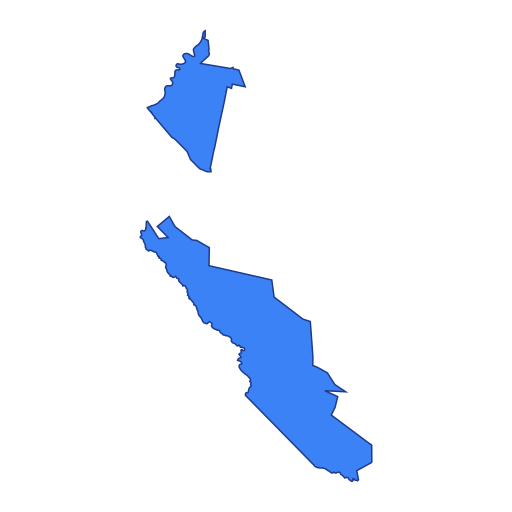 Torreón, Coahuila, Mexico
{"feature_id": "50627088B67777586525321", "entity_name": "Torreón", "entity_type": "district", "adm_level": 2, "iso_a3": "MEX", "parent_name": "Mexico", "parent_adm1": "Coahuila", "projection": "natural_earth1", "projection_center": [-103.236, 25.242], "detail": "fine", "context": "isolated", "style": "filled", "palette": "blue", "viewbox_px": 512, "rotation_deg": 0, "n_neighbors": 0, "source": "geoboundaries", "source_scale": "gbopen_adm2", "svg_char_len": 5952}
<svg xmlns="http://www.w3.org/2000/svg" viewBox="0 0 512 512"><path d="M358.5,479.7L356.7,470.7L371.4,462.6L371.8,461.9L371.7,445.4L371.0,444.4L370.0,444.0L331.3,415.1L335.1,407.3L337.7,396.6L324.8,390.7L345.7,391.8L334.9,384.6L327.3,372.8L317.4,367.3L314.5,366.1L312.8,365.5L312.9,356.5L310.3,321.5L302.9,319.1L274.1,297.1L271.8,280.0L209.0,265.7L209.3,247.6L196.7,240.4L192.3,240.0L174.9,226.5L169.3,216.4L157.3,226.5L168.1,237.5L158.8,238.7L147.5,221.2L147.0,221.2L146.7,221.3L146.4,221.7L146.3,222.4L146.2,224.9L146.1,225.6L146.2,226.7L146.2,227.0L145.7,227.9L145.9,228.8L145.7,229.5L145.4,230.0L143.9,231.1L143.5,231.1L142.6,230.5L142.2,230.4L141.5,230.7L140.9,231.3L140.7,231.6L140.7,232.0L141.0,233.0L141.6,234.3L141.7,235.1L141.5,235.5L140.6,236.3L140.3,236.9L140.2,237.2L140.3,237.5L140.5,237.7L142.6,239.0L143.2,239.8L143.9,242.0L145.1,244.4L145.2,245.1L145.4,245.5L145.3,245.9L145.4,246.7L145.4,247.5L146.0,248.6L146.1,249.2L147.1,249.8L148.4,250.9L148.9,250.9L149.6,250.6L149.9,250.2L150.4,250.2L151.2,250.5L154.5,252.1L155.5,252.0L156.0,252.1L156.8,253.4L157.1,254.4L157.7,255.4L158.0,256.2L158.8,256.3L159.1,256.6L159.1,256.9L158.8,257.5L158.9,257.8L159.3,258.1L160.8,258.6L161.1,259.3L161.2,259.7L161.1,260.1L161.2,260.3L162.3,260.6L163.0,261.0L164.2,262.0L164.5,262.4L165.3,262.7L165.8,263.1L166.0,263.8L166.2,265.3L165.8,266.1L165.6,267.7L166.3,268.5L166.6,269.2L166.7,269.9L166.8,270.5L167.4,272.0L168.0,272.9L170.1,275.2L170.4,276.2L170.8,276.3L171.1,275.9L171.9,276.5L172.5,277.2L173.1,277.4L173.9,277.4L175.2,276.5L175.4,276.4L175.8,276.4L176.6,277.7L176.8,278.2L178.8,279.0L178.8,279.8L178.7,280.4L178.9,281.2L180.9,283.3L182.6,284.7L182.6,285.0L182.5,285.7L182.7,286.0L183.0,286.0L184.0,285.6L185.3,286.1L185.9,287.1L186.3,288.5L187.0,289.0L187.3,289.5L187.4,290.9L187.0,291.5L187.0,291.9L187.1,292.1L187.7,292.7L187.9,293.0L187.8,294.0L188.0,294.4L187.6,295.0L187.6,295.3L188.9,296.2L189.0,296.5L188.9,297.1L189.6,297.5L189.5,297.8L188.9,298.2L188.9,298.4L191.3,300.0L192.4,301.7L193.1,302.2L193.5,302.7L193.9,304.0L193.8,304.8L195.1,305.2L196.1,306.3L196.9,309.0L198.0,311.6L198.2,313.4L198.9,315.3L201.0,317.8L202.5,320.9L203.4,322.3L204.0,322.8L205.1,323.2L206.0,323.6L206.8,323.7L207.3,323.6L208.0,322.8L209.0,322.0L209.8,321.9L210.5,322.2L211.2,322.8L211.9,323.8L212.0,324.1L211.9,324.7L211.5,325.3L211.6,326.2L211.9,326.8L212.7,327.8L214.9,329.2L216.3,329.5L217.1,330.2L217.5,330.2L218.1,330.0L219.0,330.2L219.3,330.5L219.7,331.5L220.3,332.1L220.7,332.9L221.7,333.3L223.1,334.9L224.6,335.1L225.8,335.7L227.5,335.8L228.6,336.3L230.4,337.4L231.1,338.1L231.3,338.5L231.4,339.8L231.3,341.1L231.6,341.7L232.0,342.1L232.7,342.8L234.9,343.6L236.5,345.2L237.4,345.9L237.8,346.0L238.8,345.2L239.1,345.1L239.6,345.6L240.4,347.2L241.9,347.3L242.8,347.5L243.9,347.9L244.3,348.4L244.5,348.7L244.6,349.4L244.6,350.0L244.4,350.4L243.5,350.6L242.8,350.6L242.6,350.4L242.1,349.7L241.7,349.5L241.4,349.6L241.0,350.0L241.0,351.0L241.4,352.5L241.3,352.9L241.0,353.2L240.1,353.3L239.7,353.5L239.2,353.9L239.0,354.5L239.2,354.9L240.6,356.2L241.0,356.9L241.1,357.3L240.8,357.6L238.9,358.3L238.2,359.1L237.5,360.2L237.6,360.4L237.8,360.6L239.4,360.9L240.7,361.5L241.3,362.3L241.9,363.5L241.7,364.0L240.8,364.1L239.8,364.6L239.5,365.0L239.1,365.8L239.1,367.0L240.6,369.7L242.2,371.5L245.1,374.0L247.3,375.5L250.6,379.3L250.6,379.5L250.5,380.2L250.3,380.6L249.8,381.0L249.8,381.3L249.8,381.5L250.2,382.0L250.8,382.4L251.0,382.7L251.0,383.4L250.7,384.4L250.7,384.7L251.2,385.9L251.1,386.3L250.5,386.9L249.8,387.2L249.2,388.1L248.6,390.1L248.5,391.1L248.1,392.0L248.1,392.5L247.9,392.6L246.4,392.7L245.8,393.1L245.4,393.8L245.4,394.2L245.6,394.9L245.4,395.3L313.3,464.5L313.8,464.9L314.9,466.4L317.4,467.6L319.1,467.8L320.4,468.1L321.5,467.8L322.0,467.7L322.9,468.2L324.9,468.5L328.3,470.8L329.4,471.2L330.5,472.4L331.3,472.8L333.0,472.9L333.6,472.2L335.7,473.1L336.5,472.9L337.9,472.1L339.8,472.4L340.2,472.8L340.7,474.2L342.5,475.4L343.5,476.6L344.5,477.5L344.6,477.9L345.2,477.9L346.8,477.4L347.4,477.4L348.0,477.8L349.1,479.6L351.3,481.2L352.2,481.3L352.8,480.8L353.0,480.5L353.1,479.8L352.8,479.0L353.2,478.6L353.7,478.7L354.4,479.2L354.7,479.6L355.0,480.2L355.3,480.4L356.1,480.2L356.6,480.3L357.6,480.8L358.5,479.7ZM211.0,171.8L210.8,168.9L210.1,168.8L210.7,165.8L212.6,156.9L212.6,156.7L213.4,152.4L214.9,146.4L218.6,128.0L224.4,101.2L227.2,86.8L231.5,88.4L232.3,84.1L245.2,86.8L238.9,70.1L233.3,68.8L233.0,67.4L231.0,68.3L230.2,68.5L227.6,68.0L200.7,63.5L200.9,63.3L200.8,63.0L208.8,55.7L209.4,53.7L208.5,51.1L209.0,50.0L209.0,48.8L208.1,40.4L203.1,38.1L204.7,37.0L205.2,36.9L205.2,30.7L204.4,31.2L203.5,32.1L202.9,33.9L202.0,39.0L201.0,41.1L199.6,43.2L198.9,44.0L198.1,44.8L196.5,45.8L195.6,46.6L194.7,47.5L193.6,48.9L193.4,49.8L193.4,50.3L194.0,52.9L194.6,54.8L194.6,55.8L194.6,56.0L194.4,56.3L193.7,56.6L192.5,56.3L191.0,55.5L189.3,54.3L187.2,53.5L186.6,53.5L185.2,53.6L184.1,54.0L183.4,54.6L182.9,55.6L183.0,56.7L184.6,59.3L185.3,60.5L185.5,61.6L185.2,62.5L184.8,62.9L183.5,63.7L181.2,64.3L180.8,64.3L179.2,64.1L178.0,63.7L177.2,63.9L176.6,64.3L176.3,64.7L176.0,65.9L176.2,66.5L177.3,67.5L178.6,67.6L179.3,68.0L179.7,68.3L179.9,69.3L179.8,69.6L179.4,69.7L176.4,70.0L175.9,70.2L175.4,70.5L175.1,70.9L174.9,71.8L174.8,75.2L174.6,76.4L174.2,77.1L173.6,77.6L172.9,77.9L171.0,77.9L170.6,78.2L170.4,78.9L170.6,79.4L171.9,80.9L172.5,81.9L172.7,82.5L172.7,83.2L172.4,84.0L171.8,85.2L171.5,85.6L170.7,85.8L168.6,85.7L167.1,85.8L166.2,86.1L165.3,87.1L164.8,88.3L164.6,89.0L165.2,92.2L165.1,93.9L164.6,95.8L163.8,97.7L162.7,98.8L161.9,99.6L159.8,101.1L157.9,103.2L157.6,103.4L154.5,104.9L152.8,105.5L152.1,105.6L151.3,105.8L150.3,106.4L147.8,107.3L147.2,107.8L150.9,112.2L151.2,112.0L151.4,112.2L151.3,112.3L151.4,112.5L151.5,112.4L151.8,112.9L152.3,114.0L155.2,117.5L154.9,117.9L154.9,118.0L155.2,117.7L171.7,137.2L174.9,139.1L187.1,151.5L190.5,159.5L199.5,168.6L207.0,171.7L211.0,171.8Z" fill="#3b82f6" stroke="#1e3a8a" stroke-width="1.5"/></svg>